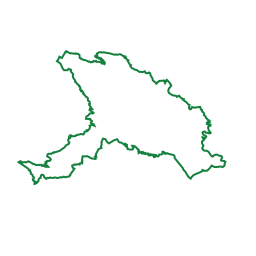 outline of Teocaltiche, Jalisco, Mexico, rotated 280°
{"feature_id": "50627088B70831883496545", "entity_name": "Teocaltiche", "entity_type": "district", "adm_level": 2, "iso_a3": "MEX", "parent_name": "Mexico", "parent_adm1": "Jalisco", "projection": "equal_earth", "projection_center": [-102.54, 21.482], "detail": "fine", "context": "isolated", "style": "outline", "palette": "green", "viewbox_px": 256, "rotation_deg": 280, "n_neighbors": 0, "source": "geoboundaries", "source_scale": "gbopen_adm2", "svg_char_len": 5784}
<svg xmlns="http://www.w3.org/2000/svg" viewBox="0 0 256 256"><g transform="rotate(280 128 128)"><path d="M181.5,46.4L180.3,49.2L179.2,50.7L175.4,53.2L173.8,55.0L174.4,58.2L176.0,59.4L175.5,60.1L175.5,61.7L173.7,61.9L171.7,64.5L169.3,64.7L167.9,65.4L165.6,67.7L164.4,67.8L164.1,68.7L162.5,70.4L161.3,72.6L160.6,72.5L160.0,73.7L158.7,74.3L157.6,74.0L157.4,74.8L156.7,75.1L156.9,75.6L156.6,76.6L156.1,76.9L155.8,76.4L155.4,77.6L154.7,77.6L154.4,78.4L153.6,78.3L152.7,80.0L151.4,81.1L151.4,81.9L150.3,83.3L148.1,83.8L147.4,85.5L145.7,86.1L145.1,85.6L144.7,86.1L144.3,85.7L143.7,86.0L140.5,89.3L140.4,87.2L138.9,87.0L138.1,89.4L136.9,91.4L136.1,90.7L136.0,88.5L135.5,87.8L133.6,86.8L132.0,85.0L129.7,85.1L130.3,89.3L129.3,89.6L129.3,90.1L128.4,91.4L127.0,90.5L126.4,90.7L125.6,93.7L124.4,94.5L124.9,92.5L123.7,89.8L122.5,90.4L120.4,90.2L119.1,89.3L118.8,88.3L118.5,88.7L117.9,88.6L116.9,86.0L114.4,85.6L113.8,84.9L114.0,83.0L111.8,78.1L111.0,77.7L110.2,74.8L110.9,72.9L110.6,72.2L109.5,73.1L108.2,72.8L107.9,72.0L108.1,71.7L107.4,71.9L106.3,71.1L104.4,71.7L103.6,72.8L102.3,72.6L100.0,69.9L98.0,68.9L93.6,64.6L91.2,59.9L91.2,59.1L90.6,59.1L90.3,57.9L89.2,56.9L89.0,54.7L88.1,53.4L86.1,53.3L84.9,56.2L83.6,57.5L81.9,56.5L81.7,54.5L81.3,53.9L80.7,54.0L80.3,52.8L79.8,53.0L78.7,52.6L78.3,53.9L77.2,53.4L76.6,54.2L76.5,55.6L75.9,56.2L75.5,53.4L76.5,51.8L75.9,51.8L76.1,51.1L75.8,49.9L76.5,49.8L76.7,49.1L75.6,44.0L76.1,41.9L76.2,40.2L76.8,39.5L77.9,35.7L76.4,33.5L76.5,32.3L75.6,29.6L76.4,28.7L76.6,27.7L75.4,26.2L70.9,36.2L69.9,37.6L69.4,37.7L69.3,38.8L68.8,38.6L67.3,40.1L66.1,40.2L65.2,42.1L63.9,42.6L62.9,44.0L61.8,44.0L61.1,43.1L59.9,43.6L59.0,46.0L57.9,45.4L56.7,45.6L57.7,47.5L59.0,48.3L59.3,48.1L60.0,49.0L62.1,48.9L63.6,50.0L63.7,50.6L66.2,50.6L67.0,51.2L67.0,52.8L64.9,54.2L63.7,56.3L64.8,57.1L65.1,59.2L65.7,59.6L65.7,62.6L66.7,64.9L66.4,67.2L67.8,70.1L67.8,71.4L68.9,72.9L68.6,74.9L69.6,76.9L69.8,78.2L71.3,79.3L71.7,79.0L78.6,82.3L79.3,80.4L81.2,79.6L81.3,80.1L82.5,80.9L82.5,81.8L83.0,82.3L82.8,83.4L83.7,84.8L83.6,86.7L84.9,86.9L85.2,89.0L86.3,89.0L87.0,88.3L87.9,88.8L89.1,88.2L92.3,88.3L92.5,90.7L93.2,92.6L91.7,97.6L91.9,101.3L92.9,101.1L93.3,101.7L94.2,100.5L94.9,101.5L96.4,100.9L102.0,102.6L103.8,105.3L104.3,104.8L105.2,104.6L106.6,105.0L109.5,104.3L113.2,105.2L113.0,107.8L110.6,109.8L109.5,111.8L113.4,116.3L115.1,119.3L112.7,121.3L112.3,122.7L112.5,123.9L110.8,127.5L112.0,127.9L111.2,129.9L110.3,130.0L110.5,128.1L109.4,129.2L109.3,130.4L107.2,131.2L107.1,133.4L107.6,136.2L109.1,136.8L111.2,135.2L111.4,136.1L111.2,137.8L110.7,138.0L110.5,139.3L108.5,141.5L108.7,141.8L107.8,142.7L106.5,142.3L106.4,143.1L105.3,143.1L106.8,145.2L106.7,145.7L105.8,145.4L105.2,146.3L105.6,147.3L106.6,147.4L106.3,147.8L105.5,147.9L105.4,149.4L106.4,149.5L106.1,150.6L106.3,152.2L105.5,152.1L105.9,154.0L105.2,153.7L105.0,153.0L104.6,153.7L105.0,155.3L106.0,156.4L106.2,158.1L105.9,158.4L105.0,157.7L103.8,158.7L104.1,159.5L106.2,160.1L106.1,160.8L105.2,161.5L105.1,162.3L105.4,162.9L107.2,163.4L107.9,165.9L108.7,166.5L110.4,166.0L110.8,166.3L110.4,167.8L109.2,168.6L109.7,169.3L109.3,169.7L109.7,169.9L109.7,170.9L110.0,171.2L109.6,172.4L109.3,177.6L108.3,178.8L106.5,179.2L97.9,189.1L96.6,189.8L94.7,192.2L90.5,195.8L89.0,198.5L90.5,199.0L93.1,200.8L98.4,208.8L99.6,208.7L99.2,210.7L99.7,213.4L102.8,215.6L105.5,216.9L104.6,219.9L104.9,222.1L106.2,225.8L105.9,228.0L107.7,229.6L109.9,229.3L111.6,229.8L112.2,228.5L112.0,225.8L112.3,225.3L113.2,225.2L115.3,225.9L116.6,224.9L116.6,222.2L117.2,220.6L117.1,219.4L115.9,217.2L114.7,216.6L114.5,215.8L115.5,214.4L118.7,211.2L119.2,209.7L119.0,206.8L120.4,204.8L121.2,204.6L123.6,205.4L125.7,203.6L127.5,203.2L129.7,205.0L130.3,204.7L131.0,203.3L131.8,203.0L131.4,205.7L133.0,206.6L133.6,206.1L134.6,203.2L136.5,202.2L137.3,202.7L137.9,204.1L136.8,205.6L137.2,207.1L136.8,209.1L137.2,210.1L138.0,210.0L139.6,208.0L142.1,206.8L143.7,207.0L144.1,208.2L145.3,208.9L145.7,208.6L145.4,206.2L145.8,204.9L146.8,204.8L147.7,207.0L148.2,206.2L148.8,206.8L148.8,205.9L149.8,206.0L150.0,204.8L150.7,204.4L151.7,202.9L152.9,202.3L154.0,200.4L155.3,200.6L156.5,199.5L157.0,198.2L158.6,197.8L158.8,196.7L161.3,195.3L159.5,189.7L159.8,187.4L157.8,186.9L157.7,186.2L157.2,185.9L158.3,184.5L161.4,184.6L161.7,183.2L163.4,181.3L165.0,177.9L166.0,178.0L165.8,176.8L166.2,176.8L167.3,174.2L168.7,172.6L167.2,170.8L168.0,169.8L168.0,166.0L169.8,162.0L171.9,161.1L174.1,161.5L176.5,163.0L177.7,163.1L178.6,161.9L179.1,161.9L181.9,158.4L182.1,157.9L178.7,156.7L179.4,156.3L180.2,156.8L180.3,156.2L180.7,156.4L181.1,156.0L179.8,150.6L178.9,150.2L178.0,148.9L175.8,148.2L176.9,148.1L179.3,144.1L181.0,143.5L183.3,141.5L186.1,139.9L186.3,139.1L185.6,138.5L185.1,136.0L186.8,134.6L185.5,132.6L185.6,131.0L185.2,129.5L186.6,126.5L186.6,124.8L187.9,121.0L189.3,119.6L190.4,120.0L190.6,119.0L193.8,116.2L194.7,116.6L195.2,115.0L196.2,114.1L196.6,112.6L197.3,113.2L197.4,112.5L198.0,112.6L198.1,110.6L199.0,108.8L199.3,107.3L198.1,104.1L198.3,103.1L197.8,101.7L198.3,97.7L198.3,90.6L197.7,89.3L198.0,88.1L197.4,86.1L196.6,85.6L196.3,84.8L195.8,84.4L193.8,85.2L193.6,83.3L192.6,83.3L192.3,84.0L192.5,84.4L191.8,85.4L192.3,86.0L192.0,86.2L192.3,86.7L192.1,87.7L191.2,87.8L191.5,88.8L192.0,89.1L191.7,89.7L191.2,90.4L191.0,89.3L190.4,89.3L190.0,90.0L190.2,91.9L189.5,91.9L189.0,93.0L188.3,92.4L188.0,93.8L187.3,94.0L186.8,93.6L187.3,92.8L186.9,91.2L188.2,90.2L187.9,89.6L188.1,88.2L187.8,85.4L188.6,84.8L187.9,84.0L188.1,82.4L187.0,82.0L186.6,81.3L186.7,80.5L186.2,80.0L186.8,78.4L186.4,77.9L187.4,74.4L187.3,72.4L187.8,71.2L187.7,70.1L188.4,69.7L188.6,68.3L191.5,67.5L192.3,66.2L192.4,63.7L192.0,63.6L191.9,63.0L191.7,58.6L191.4,58.0L192.9,54.0L191.9,53.7L192.1,53.2L185.4,50.7L186.3,48.1L183.5,47.5L181.5,46.4Z" fill="none" stroke="#15803d" stroke-width="2"/></g></svg>